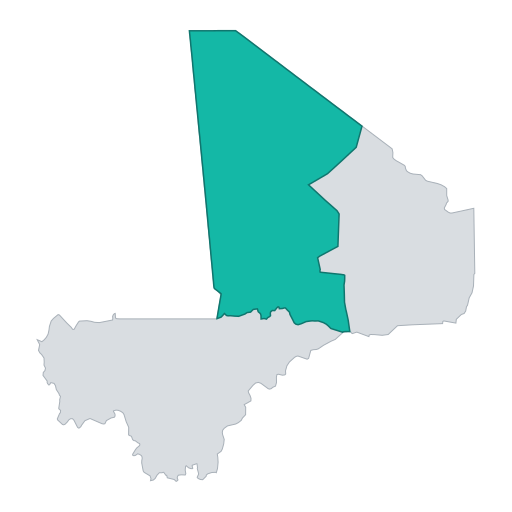 Timbuktu on a map of Mali (Robinson projection)
{"feature_id": "MLI-2688", "entity_name": "Timbuktu", "entity_type": "Region", "adm_level": 1, "iso_a3": "MLI", "parent_name": "Mali", "parent_adm1": "", "projection": "robinson", "projection_center": [-3.929, 20.026], "detail": "fine", "context": "in_parent", "style": "filled", "palette": "teal", "viewbox_px": 512, "rotation_deg": 0, "n_neighbors": 0, "source": "natural_earth", "source_scale": "10m", "svg_char_len": 6803}
<svg xmlns="http://www.w3.org/2000/svg" viewBox="0 0 512 512"><path d="M60.4,412.7L60.6,410.4L58.8,408.8L58.8,408.0L59.8,401.4L59.7,399.7L60.5,396.4L59.3,394.9L59.1,393.8L56.3,389.5L55.5,385.8L54.1,383.4L50.8,382.6L49.6,384.7L48.8,385.0L47.6,383.6L47.1,382.3L47.2,381.1L43.0,375.4L43.3,372.4L44.9,370.7L45.5,368.1L44.0,365.1L44.2,362.1L44.0,358.0L41.6,354.5L39.9,352.9L38.5,350.4L39.7,344.6L37.2,339.7L41.9,341.7L44.1,339.9L46.3,337.4L48.1,334.1L49.0,330.0L49.4,326.5L51.2,321.0L53.5,318.4L58.1,314.6L59.4,315.0L66.9,323.1L71.1,327.2L72.7,329.4L74.1,329.4L76.3,325.4L78.5,322.0L79.4,321.1L87.0,320.7L91.0,321.3L94.5,322.3L99.4,322.6L112.6,320.0L112.8,318.4L112.6,316.5L113.2,315.0L114.3,313.7L115.2,313.4L115.5,318.0L116.6,318.7L119.7,318.9L216.9,318.9L221.0,295.0L213.9,286.4L189.4,30.7L235.6,30.7L243.5,36.5L392.1,148.8L392.9,152.5L392.7,157.5L393.9,159.0L396.0,160.6L404.5,165.4L405.2,166.4L405.5,168.3L406.5,170.8L408.3,172.2L410.4,173.3L413.0,174.0L420.6,174.7L422.2,175.9L425.6,180.3L427.4,181.2L437.7,183.6L441.1,184.8L444.7,186.8L446.7,188.6L446.7,195.6L448.1,200.1L448.1,201.3L446.5,203.1L446.1,204.5L444.3,208.0L444.6,209.5L448.3,212.2L450.1,213.0L452.1,213.0L473.8,208.3L474.8,273.4L473.9,274.4L473.5,286.0L472.0,292.8L469.2,297.8L467.5,305.3L466.5,306.7L465.7,311.0L464.1,313.5L461.3,314.5L456.3,319.3L455.9,323.1L444.2,321.0L443.3,321.1L442.8,321.6L442.6,323.6L412.3,324.8L397.5,325.7L388.2,334.5L382.2,335.3L374.6,334.6L370.7,334.5L369.2,335.0L368.9,336.6L356.8,332.1L352.3,333.6L351.6,333.1L351.0,332.1L348.8,331.6L345.4,331.8L342.9,332.5L335.3,339.4L331.1,341.2L323.5,345.3L318.2,348.9L316.2,349.5L313.3,349.7L310.8,350.4L308.6,358.4L307.1,359.2L297.9,356.0L296.1,356.4L294.5,357.4L289.4,362.0L286.9,365.8L285.5,370.8L285.7,374.0L284.8,374.9L282.5,375.2L278.3,374.2L276.9,374.6L276.4,377.1L276.5,382.5L275.5,386.1L273.0,387.2L271.1,388.7L269.5,389.1L268.2,388.7L260.9,383.3L258.4,382.4L255.6,383.0L253.0,385.3L248.2,391.0L248.7,393.0L250.0,395.4L251.0,398.3L250.9,400.9L244.2,404.6L245.7,407.3L245.6,414.7L242.4,418.1L241.3,420.3L238.4,422.6L235.7,424.0L227.5,425.9L224.2,428.3L222.7,430.2L222.3,432.2L222.6,434.6L224.2,439.4L223.7,443.9L222.3,449.0L221.1,451.3L217.3,454.0L217.8,457.4L218.1,462.2L217.5,468.5L216.3,472.7L215.5,472.3L211.8,472.5L207.8,473.8L206.4,474.9L206.1,476.3L202.7,479.7L200.5,479.5L198.4,478.6L197.3,477.7L197.2,477.2L198.5,474.4L198.6,473.5L197.3,468.7L197.5,467.5L197.0,463.8L196.7,463.7L192.3,465.2L192.1,465.9L192.8,468.3L192.3,468.7L190.8,468.6L188.6,467.8L186.2,465.7L185.6,466.4L185.4,468.1L185.2,470.1L185.8,473.7L185.2,475.0L181.4,474.8L178.3,475.2L177.5,476.5L177.2,478.0L177.9,479.6L177.8,480.3L176.5,481.3L175.9,481.2L174.2,479.5L167.3,477.8L166.7,475.3L165.9,475.3L163.7,472.3L162.8,472.4L162.0,472.8L159.4,472.7L157.0,475.2L155.2,478.4L153.4,480.0L150.5,480.7L151.0,478.7L150.1,475.9L144.1,472.3L143.2,470.9L141.7,462.9L141.8,460.5L142.2,458.4L142.0,456.8L141.4,455.6L139.6,454.4L137.7,453.8L135.4,455.4L134.2,455.7L133.2,455.6L132.6,455.0L132.7,454.2L135.3,449.9L136.6,448.1L139.1,446.0L139.8,445.0L139.8,444.2L139.6,443.6L137.9,442.8L135.3,440.8L133.9,440.6L132.7,439.7L131.5,436.5L130.9,436.0L129.7,435.6L128.6,434.9L128.7,427.3L126.2,421.7L124.0,414.5L122.8,412.7L120.7,411.3L118.2,410.3L116.0,410.1L113.4,410.9L113.5,411.5L114.9,413.9L115.1,415.1L114.9,416.4L114.4,417.2L111.0,418.0L106.4,420.6L104.9,423.7L103.8,424.0L102.0,423.7L90.0,418.5L84.9,420.7L81.6,425.2L80.8,426.7L79.2,428.0L78.4,428.0L77.5,427.2L74.0,420.3L72.5,418.7L70.6,418.7L68.9,419.8L67.2,422.1L65.1,424.2L63.7,424.8L62.5,424.5L57.6,419.9L57.3,418.9L59.6,413.5L60.4,412.7Z" fill="#d9dde1" stroke="#a8b0b8" stroke-width="1"/><path d="M235.6,30.7L237.6,32.2L239.6,33.6L241.6,35.1L243.5,36.5L246.4,38.7L248.5,40.3L250.6,41.9L252.7,43.5L254.8,45.1L256.8,46.6L258.9,48.2L261.0,49.8L263.1,51.4L265.2,53.0L267.2,54.5L269.3,56.1L271.4,57.7L273.5,59.3L275.6,60.9L277.7,62.4L279.7,64.0L282.0,65.7L284.3,67.5L286.5,69.2L288.8,70.9L291.1,72.6L293.3,74.3L295.6,76.1L297.9,77.8L300.2,79.5L302.4,81.2L304.7,82.9L307.0,84.7L309.2,86.4L311.5,88.1L313.8,89.8L316.1,91.5L318.3,93.2L320.6,95.0L322.9,96.7L325.2,98.4L327.4,100.1L329.7,101.8L332.0,103.6L334.3,105.3L336.5,107.0L338.8,108.7L341.1,110.4L343.4,112.1L345.7,113.9L347.9,115.6L350.2,117.3L352.5,119.0L354.8,120.7L357.1,122.5L359.4,124.2L361.6,125.9L362.0,126.2L361.9,126.5L356.2,147.3L339.4,162.9L327.5,173.7L308.5,184.8L325.0,200.1L337.0,210.7L339.1,214.0L337.9,246.4L333.0,249.0L319.6,256.2L317.6,257.7L319.3,265.4L320.2,269.5L319.9,270.9L320.2,272.2L322.0,272.4L333.3,273.6L341.1,274.4L342.8,274.7L343.8,274.8L344.7,275.3L344.7,278.7L344.6,281.2L344.0,285.0L344.3,293.5L344.4,297.4L344.5,302.2L345.6,308.3L345.8,309.5L346.3,311.4L347.6,317.4L348.2,320.3L349.8,331.5L344.0,331.6L343.1,331.8L342.6,332.2L330.9,328.5L328.4,326.0L326.3,324.2L323.4,322.6L318.3,320.9L314.8,321.0L312.3,320.8L310.3,321.0L306.1,321.6L301.3,323.7L298.1,324.7L295.9,324.2L294.2,322.8L292.8,319.9L290.0,314.5L289.5,312.2L286.9,309.6L285.5,308.0L284.5,307.9L282.4,308.5L279.3,308.7L279.1,307.3L278.1,306.8L277.0,307.7L274.7,310.6L272.3,310.5L270.7,311.7L270.3,313.1L270.5,315.7L269.6,316.6L267.7,317.6L266.5,319.1L264.1,318.5L261.1,319.0L261.0,315.5L260.4,313.6L258.2,311.7L257.4,308.9L255.5,309.1L253.4,309.4L252.6,310.0L250.6,312.1L247.0,312.6L245.0,314.0L238.7,316.3L234.5,316.1L230.4,315.7L228.0,315.8L226.5,315.5L224.4,313.5L222.7,315.5L221.0,317.2L217.0,318.6L217.0,318.3L217.5,315.4L218.0,312.4L218.5,309.5L219.0,306.5L219.5,303.7L220.0,300.8L220.5,297.9L221.0,295.0L221.1,294.1L221.1,293.8L221.0,293.6L220.8,293.5L219.8,292.6L218.7,291.8L217.7,291.0L216.5,290.1L215.5,289.4L214.5,288.6L214.2,288.1L214.0,287.6L213.9,286.4L213.6,283.6L213.4,280.9L213.1,278.2L212.9,275.4L212.6,272.7L212.4,270.0L212.1,267.2L211.9,264.5L211.6,261.7L211.3,259.0L211.1,256.3L210.8,253.5L210.6,250.8L210.3,248.1L210.1,245.3L209.8,242.6L209.6,239.8L209.3,237.0L209.0,234.1L208.8,231.3L208.5,228.5L208.2,225.7L208.0,222.9L207.7,220.1L207.5,217.3L207.2,214.5L206.9,211.6L206.7,208.8L206.5,207.1L206.4,205.3L206.2,203.5L206.0,201.7L205.6,197.6L205.3,193.8L204.9,190.0L204.5,186.2L204.2,182.4L203.8,178.6L203.4,174.8L203.1,171.0L202.7,167.2L202.4,164.0L202.2,162.2L201.8,158.3L201.5,154.4L201.3,152.6L200.9,148.9L200.6,145.3L200.2,141.6L199.9,137.9L199.5,134.3L199.1,130.6L198.8,127.0L198.4,123.3L198.1,119.6L197.7,116.0L197.4,112.3L197.0,108.7L196.6,105.0L196.3,101.3L195.9,97.7L195.6,94.0L195.2,90.4L194.9,87.5L194.9,86.7L194.5,83.0L194.2,79.4L193.8,75.7L193.4,72.1L193.1,68.4L192.7,64.7L192.6,62.9L192.2,58.7L191.8,54.6L191.6,52.7L191.3,50.1L191.1,47.7L190.8,45.3L190.6,42.8L190.4,40.4L190.1,38.0L189.9,35.6L189.6,33.2L189.4,30.8L195.2,30.8L200.9,30.8L206.7,30.8L212.5,30.8L218.3,30.7L224.0,30.7L229.8,30.7L235.6,30.7Z" fill="#14b8a6" stroke="#0f766e" stroke-width="1.5"/></svg>